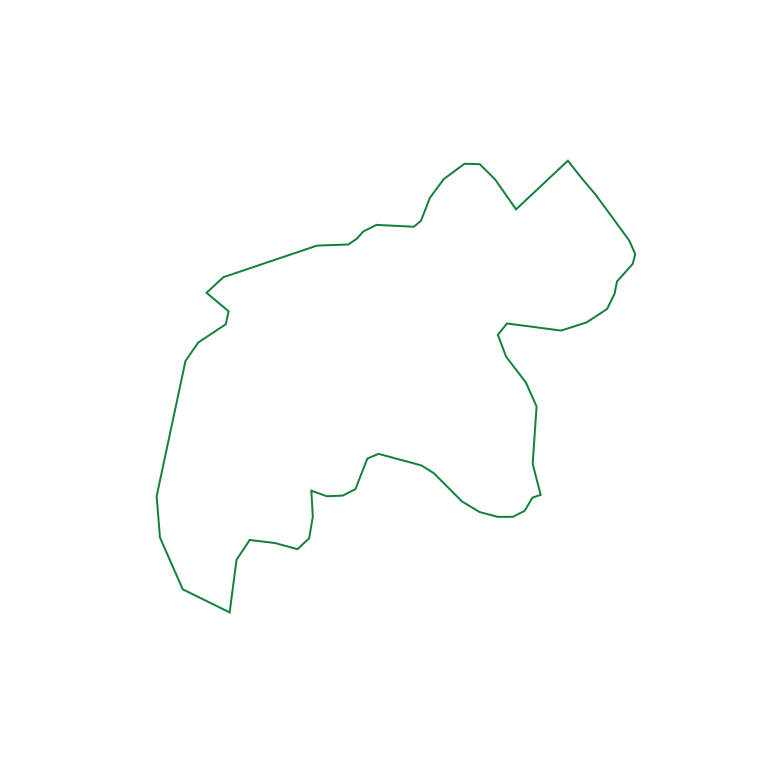 the Province of Monza e Brianza, rotated 136°
{"feature_id": "ITA-5454", "entity_name": "Monza e Brianza", "entity_type": "Province", "adm_level": 1, "iso_a3": "ITA", "parent_name": "Italy", "parent_adm1": "", "projection": "mercator", "projection_center": [9.251, 45.641], "detail": "fine", "context": "isolated", "style": "outline", "palette": "green", "viewbox_px": 768, "rotation_deg": 136, "n_neighbors": 0, "source": "natural_earth", "source_scale": "10m", "svg_char_len": 920}
<svg xmlns="http://www.w3.org/2000/svg" viewBox="0 0 768 768"><g transform="rotate(136 384 384)"><path d="M653.7,326.9L671.4,376.1L651.8,429.2L625.5,461.2L510.9,538.4L488.9,542.9L456.3,536.9L445.3,544.2L448.3,572.9L425.3,572.4L336.2,530.2L312.8,509.2L302.9,507.4L292.9,508.1L278.9,503.7L253.3,476.4L244.0,475.7L221.5,486.1L198.5,489.9L173.1,486.5L162.4,475.6L162.0,453.8L167.7,417.9L96.6,416.9L98.9,394.6L100.2,373.8L103.9,346.2L108.0,316.5L113.1,302.8L121.8,297.6L145.2,295.9L155.4,288.8L171.4,283.0L195.6,287.6L219.6,299.5L253.5,342.1L267.9,340.3L277.2,318.8L280.9,286.4L289.9,261.8L332.6,223.2L348.3,195.4L356.1,199.1L371.0,195.1L383.5,198.9L394.4,209.3L404.1,225.3L409.5,245.3L410.1,285.1L413.7,299.5L436.5,337.6L447.8,341.9L477.7,328.2L491.2,332.4L503.0,342.8L510.4,357.7L527.4,338.0L545.0,325.0L561.0,325.3L573.1,345.6L589.0,365.1L612.2,360.0L653.7,326.9Z" fill="none" stroke="#15803d" stroke-width="2"/></g></svg>